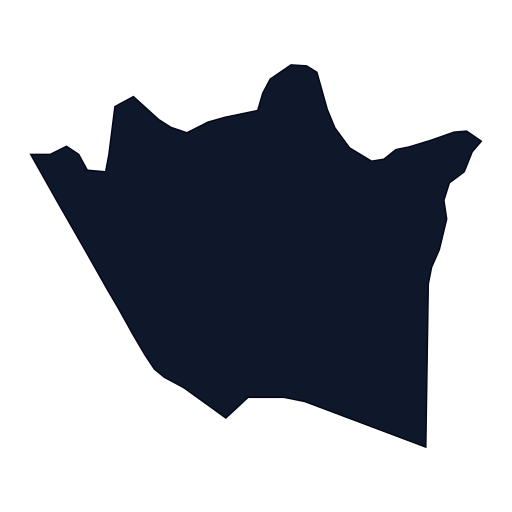 Lagoa de Itaenga, Pernambuco, Brazil
{"feature_id": "56859067B83108887240986", "entity_name": "Lagoa de Itaenga", "entity_type": "district", "adm_level": 2, "iso_a3": "BRA", "parent_name": "Brazil", "parent_adm1": "Pernambuco", "projection": "equal_earth", "projection_center": [-35.295, -7.91], "detail": "fine", "context": "isolated", "style": "filled", "palette": "ink", "viewbox_px": 512, "rotation_deg": 0, "n_neighbors": 0, "source": "geoboundaries", "source_scale": "gbopen_adm2", "svg_char_len": 790}
<svg xmlns="http://www.w3.org/2000/svg" viewBox="0 0 512 512"><path d="M291.0,64.9L270.2,79.1L262.7,93.3L257.7,110.5L225.3,117.2L208.0,122.1L186.9,132.8L170.8,127.3L158.6,119.5L133.4,96.6L114.9,106.6L108.9,154.4L105.6,171.8L87.3,170.2L78.7,154.4L66.5,146.3L50.2,154.4L30.7,154.4L56.4,200.0L87.8,254.9L107.5,289.8L118.5,308.5L133.4,335.3L145.2,355.3L154.5,369.2L164.4,377.3L183.8,387.7L206.6,404.1L225.8,418.0L248.1,397.3L266.3,397.3L283.8,397.3L304.7,401.5L425.8,447.1L428.3,283.9L431.6,267.2L439.3,249.7L446.7,219.0L443.9,200.3L449.4,182.8L464.2,171.8L472.2,151.8L481.3,141.2L466.6,131.1L454.2,132.1L430.2,140.5L408.8,147.0L395.9,149.6L383.9,159.2L371.6,161.2L349.6,147.9L334.9,127.9L327.3,109.5L316.9,72.3L306.6,65.9L291.0,64.9Z" fill="#0f172a" stroke="#020617" stroke-width="1.5"/></svg>